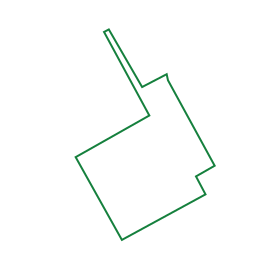 Tom Green, Texas, United States of America (Mercator projection), rotated 61°
{"feature_id": "52423323B87640997786605", "entity_name": "Tom Green", "entity_type": "district", "adm_level": 2, "iso_a3": "USA", "parent_name": "United States of America", "parent_adm1": "Texas", "projection": "mercator", "projection_center": [-100.612, 31.396], "detail": "fine", "context": "isolated", "style": "outline", "palette": "green", "viewbox_px": 256, "rotation_deg": 61, "n_neighbors": 0, "source": "geoboundaries", "source_scale": "gbopen_adm2", "svg_char_len": 309}
<svg xmlns="http://www.w3.org/2000/svg" viewBox="0 0 256 256"><g transform="rotate(61 128 128)"><path d="M223.6,92.4L203.3,92.0L203.0,70.5L105.6,69.9L99.7,68.1L99.0,95.8L32.5,97.0L32.4,102.4L127.4,103.3L128.1,187.9L129.2,187.9L222.9,187.6L223.6,92.4Z" fill="none" stroke="#15803d" stroke-width="2"/></g></svg>